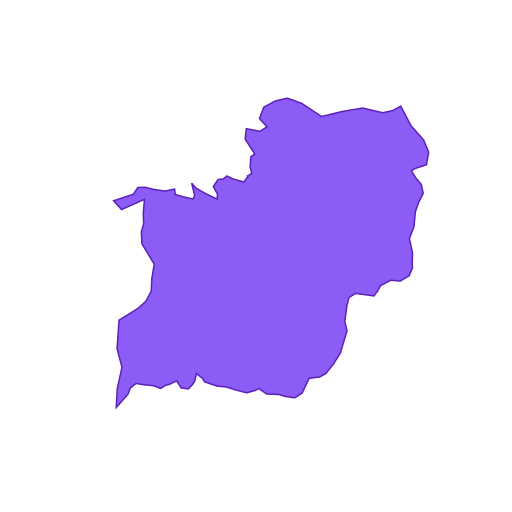 Alektora, Limassol, Cyprus, rotated 18°
{"feature_id": "46923920B57894540392613", "entity_name": "Alektora", "entity_type": "district", "adm_level": 2, "iso_a3": "CYP", "parent_name": "Cyprus", "parent_adm1": "Limassol", "projection": "albers", "projection_center": [32.666, 34.7], "detail": "fine", "context": "isolated", "style": "filled", "palette": "violet", "viewbox_px": 512, "rotation_deg": 18, "n_neighbors": 0, "source": "geoboundaries", "source_scale": "gbopen_adm2", "svg_char_len": 1648}
<svg xmlns="http://www.w3.org/2000/svg" viewBox="0 0 512 512"><g transform="rotate(18 256 256)"><path d="M169.9,443.3L177.0,426.9L177.3,420.3L181.3,414.3L188.0,413.3L198.3,411.1L203.1,411.2L206.2,411.5L209.8,407.1L213.3,404.8L219.2,399.3L225.6,404.6L232.7,403.3L234.9,399.0L236.4,394.3L235.8,386.2L243.1,389.0L246.0,391.6L259.4,391.8L266.9,390.0L269.3,389.7L277.6,389.7L289.4,389.0L297.1,383.9L299.5,381.3L308.9,383.9L320.9,380.6L326.8,380.6L336.7,378.9L342.2,372.2L343.3,363.9L344.3,356.0L354.0,351.3L358.7,346.3L362.9,335.3L366.2,322.5L365.7,299.0L360.6,290.6L357.8,275.1L357.3,266.7L362.2,260.8L380.6,257.5L382.8,250.5L383.5,245.8L391.7,237.4L400.9,235.3L408.0,227.1L407.8,226.4L408.5,219.0L406.5,213.5L404.0,204.9L396.5,192.0L397.2,179.3L393.9,164.7L394.1,154.9L395.7,144.8L391.1,136.9L383.8,132.3L377.5,127.0L380.1,123.8L389.9,116.5L388.1,103.8L379.5,93.8L363.3,84.3L350.8,72.1L347.3,68.7L341.3,75.3L332.2,80.6L311.7,82.3L293.2,92.0L275.2,103.1L252.2,96.7L237.0,96.2L226.8,102.3L217.4,112.0L216.8,124.2L226.5,129.8L221.2,136.2L207.4,137.9L209.6,148.2L223.2,159.3L220.4,163.2L222.9,173.2L226.5,178.7L223.1,182.6L223.8,183.0L221.5,189.4L210.7,189.8L203.6,188.9L201.0,193.0L196.3,194.9L193.9,203.1L200.2,209.0L201.5,213.9L188.6,212.2L177.7,209.9L172.3,206.5L179.0,217.7L178.5,221.2L169.4,222.1L160.2,222.5L157.9,217.5L149.2,222.4L138.6,224.2L129.2,224.9L122.4,227.4L120.3,235.1L103.5,247.5L113.7,253.4L132.4,236.6L135.6,250.2L139.2,260.0L139.5,268.4L143.7,279.6L161.7,295.2L163.9,309.7L167.2,321.6L165.3,333.0L159.8,342.5L145.6,359.3L152.5,387.1L162.9,403.2L165.1,425.3L169.9,443.3Z" fill="#8b5cf6" stroke="#5b21b6" stroke-width="1.5"/></g></svg>